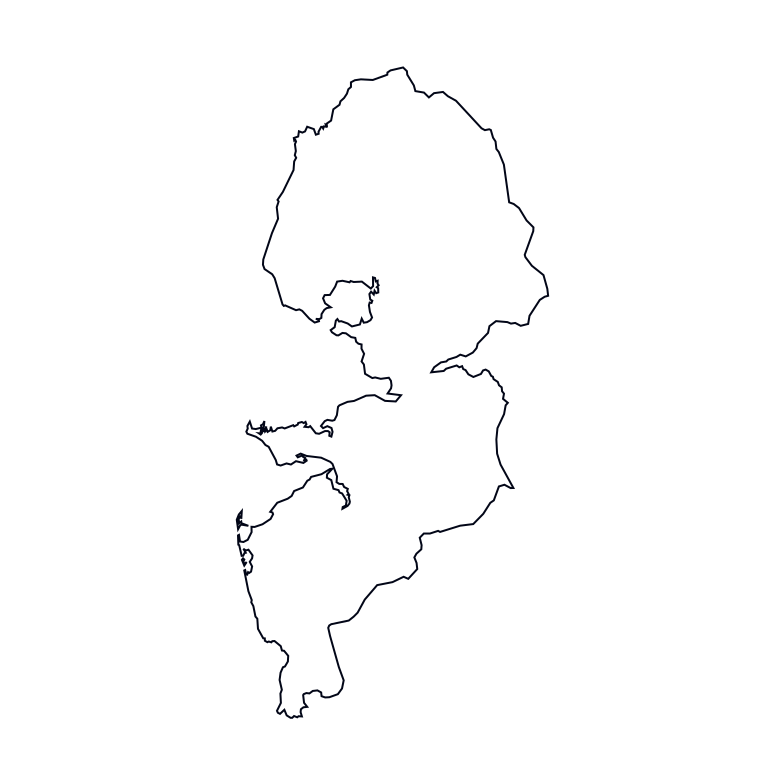 outline of Mossuril, Nampula, Mozambique, rotated 166°
{"feature_id": "85939544B64339198961844", "entity_name": "Mossuril", "entity_type": "district", "adm_level": 2, "iso_a3": "MOZ", "parent_name": "Mozambique", "parent_adm1": "Nampula", "projection": "mercator", "projection_center": [40.59, -15.021], "detail": "fine", "context": "isolated", "style": "outline", "palette": "ink", "viewbox_px": 768, "rotation_deg": 166, "n_neighbors": 0, "source": "geoboundaries", "source_scale": "gbopen_adm2", "svg_char_len": 6145}
<svg xmlns="http://www.w3.org/2000/svg" viewBox="0 0 768 768"><g transform="rotate(166 384 384)"><path d="M434.1,373.0L437.3,365.1L440.8,361.0L443.1,360.9L447.6,362.9L450.5,362.3L455.3,358.5L453.8,355.9L449.2,356.8L445.6,354.0L445.5,350.0L447.8,345.7L449.6,347.0L448.4,350.3L449.8,351.9L452.7,352.6L459.0,351.4L462.1,352.7L465.8,361.0L467.6,360.3L471.4,361.7L469.0,363.7L469.3,366.2L471.3,365.5L472.9,367.0L476.7,366.9L477.5,365.5L481.4,364.6L482.0,366.0L491.1,364.9L493.4,366.5L498.1,366.8L500.9,364.9L503.8,364.9L504.1,370.0L505.6,366.6L508.5,365.7L508.7,367.9L510.2,367.0L508.5,371.3L511.8,367.1L512.8,367.8L512.0,369.1L512.9,368.9L514.4,365.8L515.9,364.8L517.3,366.4L515.9,365.9L514.4,369.3L510.9,371.7L509.0,377.0L511.2,374.2L513.4,373.6L513.4,371.3L519.3,371.3L522.8,372.7L523.3,380.0L526.7,376.3L527.0,373.7L529.1,371.1L528.6,368.8L521.0,363.8L516.0,358.4L513.8,353.5L511.1,351.0L507.4,336.4L507.2,331.8L504.0,329.9L497.8,330.5L493.8,328.4L488.1,330.4L481.3,326.9L477.6,328.3L477.7,329.4L479.8,329.5L478.4,331.4L480.3,333.1L480.2,334.5L485.4,333.7L486.2,335.7L481.7,336.6L476.5,332.9L462.8,327.7L454.9,321.4L453.3,318.8L451.9,305.8L453.8,300.2L451.6,297.9L448.3,297.0L447.6,293.7L444.5,291.0L445.7,289.0L444.9,285.8L446.0,285.3L444.5,284.4L445.6,282.6L445.6,278.0L446.5,276.3L448.9,274.5L454.5,273.0L453.8,274.6L450.4,275.3L448.5,279.7L451.1,287.9L453.4,289.5L453.8,292.0L458.4,294.6L458.4,303.5L462.1,306.9L461.1,310.1L454.6,314.3L456.9,314.6L466.5,311.6L477.2,311.5L479.3,309.3L481.8,308.7L487.7,303.2L497.1,301.9L500.7,297.7L505.2,296.0L516.3,294.6L525.3,287.5L523.3,286.3L523.1,284.5L526.7,280.5L535.8,277.3L544.1,276.6L547.1,277.5L548.3,272.3L553.9,265.8L558.6,264.7L561.8,266.0L561.2,272.7L562.3,272.4L564.2,263.3L563.5,262.7L563.7,251.7L562.2,251.4L560.3,253.7L559.0,253.7L560.3,258.1L558.3,255.9L555.6,256.0L553.0,249.5L554.2,246.7L557.3,243.9L556.1,238.9L558.4,234.1L560.5,233.3L561.4,234.3L562.8,232.1L563.8,232.6L563.7,237.1L564.7,236.9L565.7,215.7L564.6,206.3L565.6,204.3L564.5,200.1L565.0,189.5L563.7,186.9L565.5,176.9L562.7,166.5L561.2,166.0L561.7,163.7L559.6,161.7L558.1,162.0L555.8,160.6L554.6,161.5L552.4,161.1L547.6,154.6L547.5,150.1L545.5,149.3L542.7,143.4L544.4,138.0L548.4,133.9L550.6,133.6L554.2,128.9L556.9,122.1L557.1,112.0L559.4,108.7L561.2,99.5L566.9,92.8L566.5,90.7L564.7,89.1L559.5,92.0L558.6,86.0L555.4,82.7L553.8,82.3L551.6,83.6L548.8,81.6L547.3,82.3L544.1,81.3L544.3,85.8L543.3,88.5L540.4,89.8L536.6,89.3L538.7,94.0L537.7,101.7L536.9,102.5L534.1,102.9L531.2,101.8L527.4,103.4L522.7,102.8L519.6,99.9L520.1,96.2L516.9,94.1L512.8,93.3L503.8,94.2L498.4,98.7L494.8,106.2L496.3,120.3L497.3,152.6L497.1,160.9L495.6,162.9L493.3,163.7L475.4,163.0L469.7,165.6L464.9,168.5L454.8,179.5L439.3,190.5L423.7,189.7L411.6,192.2L407.6,189.1L396.5,196.4L395.7,202.5L396.5,208.4L393.6,211.5L387.8,214.6L386.5,218.5L386.5,226.2L381.5,229.3L375.6,227.8L367.0,228.4L365.4,226.9L344.4,228.1L331.3,226.5L319.1,234.0L309.6,243.0L305.6,244.5L297.3,256.8L291.5,257.1L286.3,252.4L283.6,251.8L290.4,277.6L291.1,289.0L288.4,303.0L284.6,313.7L274.8,325.7L271.1,333.9L268.4,335.8L272.1,340.8L269.9,345.6L271.2,348.4L270.6,352.3L272.7,354.9L273.1,358.5L276.5,362.2L276.6,364.7L278.0,365.9L279.3,370.9L281.9,373.4L284.6,373.2L287.5,370.3L295.6,369.2L299.8,373.0L301.5,377.8L303.5,379.3L303.9,382.4L306.9,382.0L309.0,384.4L320.0,383.8L322.9,382.2L335.3,383.9L331.3,388.1L323.5,391.2L318.1,390.8L315.7,392.2L307.1,392.7L302.9,394.0L298.0,391.0L290.2,393.0L285.5,396.4L283.3,400.5L270.7,408.4L267.7,414.6L260.1,417.9L249.3,414.2L246.2,411.9L241.9,411.5L237.3,407.4L229.6,407.4L226.3,415.0L212.5,427.9L207.0,429.8L203.4,429.9L202.5,436.9L202.9,451.1L211.9,462.9L216.1,472.8L216.2,475.3L202.2,496.2L201.1,499.8L206.1,508.2L210.4,522.0L214.6,527.3L218.6,530.0L214.6,567.9L216.5,581.3L218.1,584.9L217.1,592.3L218.6,596.6L218.9,604.6L220.3,605.7L224.7,605.9L227.5,608.5L245.6,641.4L252.4,647.8L256.1,653.1L265.1,654.1L271.1,651.2L274.7,657.1L282.7,660.6L282.8,666.5L286.6,678.5L286.1,682.0L288.9,686.5L301.8,686.7L305.3,685.4L306.0,683.3L321.3,681.7L332.7,685.2L338.8,685.8L343.1,684.7L344.2,680.2L347.3,678.6L349.7,674.7L353.5,671.2L357.9,668.8L359.6,665.7L366.7,662.8L371.6,652.4L376.6,650.5L376.9,648.7L377.8,649.6L377.8,647.6L380.0,648.5L381.2,646.6L381.8,648.5L382.8,648.7L386.5,644.6L386.9,642.6L389.8,642.4L390.4,648.3L396.3,652.2L399.5,648.2L402.4,647.7L405.4,649.8L407.4,644.9L412.0,644.5L412.2,641.8L411.0,642.2L410.7,640.5L412.4,638.3L413.2,631.3L415.2,627.6L414.5,624.7L417.3,621.7L420.0,613.5L435.7,594.8L442.8,588.4L442.1,586.6L445.3,581.5L446.8,570.0L456.2,557.5L471.0,534.0L472.6,529.0L472.1,524.4L465.9,517.5L464.5,513.1L463.2,485.7L462.3,484.0L460.9,484.2L451.5,476.9L448.1,476.9L445.7,474.8L440.6,465.4L436.4,460.4L431.9,460.6L431.8,462.1L434.4,463.7L431.0,462.6L428.8,463.3L427.7,466.9L424.0,470.4L421.3,471.5L417.1,471.3L421.6,476.5L422.4,481.9L420.1,484.6L414.9,483.5L407.8,490.3L404.7,494.7L399.3,494.2L392.8,491.0L391.5,492.0L388.7,490.3L380.7,488.7L373.7,479.8L370.9,481.6L368.9,490.1L367.1,489.1L367.1,485.5L365.2,485.7L366.0,483.0L365.3,481.1L367.6,479.7L366.5,478.4L367.4,474.2L369.6,474.0L370.6,476.8L372.3,473.3L374.2,476.7L376.4,474.8L376.9,469.3L375.2,467.6L376.5,465.7L378.2,466.5L379.6,464.0L380.2,457.3L379.5,451.4L381.7,449.2L385.5,448.1L388.8,448.4L389.8,452.8L393.0,447.6L401.2,447.6L404.6,451.5L410.3,455.3L412.5,455.5L413.5,458.3L415.4,457.1L418.1,451.1L422.7,449.2L422.0,446.8L418.3,442.8L416.5,442.2L412.0,443.6L408.7,442.4L404.5,437.4L400.7,435.7L400.8,431.8L399.1,429.3L396.2,427.8L397.3,423.7L396.0,418.1L400.3,411.3L398.8,407.8L399.9,398.5L393.9,392.6L391.0,392.5L385.9,389.8L377.8,388.9L376.5,385.4L377.0,380.9L378.2,378.1L382.8,373.9L370.2,369.0L376.8,364.2L387.1,367.4L395.7,375.4L404.2,377.0L417.2,374.8L423.7,375.5L432.4,374.1L434.1,373.0ZM559.7,287.9L560.7,278.4L557.7,281.7L556.3,282.0L549.9,279.2L556.0,283.4L555.8,285.1L558.1,284.0L557.8,287.8L555.4,291.2L555.8,289.0L554.8,288.6L552.7,295.2L556.4,292.5L559.7,287.9ZM564.4,247.8L563.5,241.6L560.4,244.4L563.3,243.3L563.6,247.7L562.9,248.1L562.9,246.3L562.0,247.5L563.0,248.9L564.4,247.8Z" fill="none" stroke="#020617" stroke-width="2"/></g></svg>